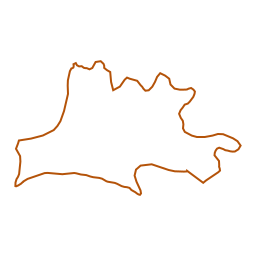 outline of Nassarawa
{"feature_id": "NGA-2867", "entity_name": "Nassarawa", "entity_type": "State", "adm_level": 1, "iso_a3": "NGA", "parent_name": "Nigeria", "parent_adm1": "", "projection": "albers", "projection_center": [8.322, 8.561], "detail": "fine", "context": "isolated", "style": "outline", "palette": "amber", "viewbox_px": 256, "rotation_deg": 0, "n_neighbors": 0, "source": "natural_earth", "source_scale": "10m", "svg_char_len": 1892}
<svg xmlns="http://www.w3.org/2000/svg" viewBox="0 0 256 256"><path d="M240.6,145.6L238.4,149.3L234.9,151.5L232.6,151.6L230.2,151.3L227.7,150.6L225.3,150.2L223.3,149.1L219.2,147.7L217.1,148.6L215.7,150.5L214.8,152.7L214.5,155.3L219.0,161.0L219.2,165.3L219.1,166.8L219.7,168.4L220.0,170.6L218.3,172.2L206.1,180.4L203.2,182.8L187.2,170.9L187.2,171.4L184.1,171.6L174.8,171.3L168.7,170.0L151.7,164.3L140.6,165.6L136.0,169.6L134.6,175.6L136.5,181.7L140.5,190.4L141.0,193.4L140.0,194.8L139.3,194.7L138.3,194.3L137.4,193.8L135.3,192.2L131.4,190.0L129.5,187.9L127.0,187.2L124.3,186.9L121.6,186.1L117.1,183.8L114.8,182.9L107.7,181.7L106.3,181.2L102.1,178.7L99.2,177.9L93.2,177.2L90.3,176.5L86.3,175.1L80.9,174.5L76.6,173.4L75.6,173.2L74.2,173.0L62.3,174.2L47.5,172.9L44.6,173.1L27.6,178.9L23.3,181.5L23.2,181.9L22.6,182.2L21.0,183.7L18.1,185.5L16.1,186.3L15.4,186.1L15.5,182.6L16.5,179.2L18.0,176.8L19.1,174.1L20.4,161.6L20.1,156.1L16.0,148.8L18.1,143.3L18.9,140.5L31.0,138.6L42.9,135.5L53.7,130.1L57.4,126.0L60.4,121.2L64.0,111.1L68.0,93.9L67.7,85.6L67.9,80.3L69.9,71.2L71.4,68.4L72.4,68.2L73.4,67.5L73.7,65.9L73.5,64.2L75.8,63.1L77.0,65.3L79.1,66.4L81.7,66.2L83.8,67.8L85.2,68.1L86.6,68.1L89.5,69.3L92.3,68.0L95.6,62.0L100.7,61.2L103.5,63.8L104.2,65.7L104.2,67.9L106.9,70.1L110.2,72.0L111.1,82.0L113.2,90.2L119.9,86.6L124.7,79.7L127.0,77.6L129.7,78.7L137.2,80.8L140.6,85.2L142.2,86.8L143.4,88.7L145.4,90.7L148.7,90.3L152.3,86.7L155.0,81.9L157.1,76.9L160.2,73.2L165.1,75.6L169.2,78.7L170.5,84.5L174.5,88.6L180.0,89.7L185.8,89.6L187.2,89.4L188.5,88.7L191.1,88.0L193.4,89.6L194.9,91.5L194.5,93.9L193.3,96.9L189.7,101.7L187.8,103.6L184.7,104.6L182.7,107.6L180.6,110.2L179.1,113.8L180.8,117.9L182.8,120.8L183.4,124.3L183.0,128.4L184.8,131.9L191.8,135.6L196.9,137.0L204.8,137.0L212.5,135.6L217.9,134.0L223.1,134.2L233.0,138.3L237.5,141.2L240.6,145.6Z" fill="none" stroke="#b45309" stroke-width="2"/></svg>